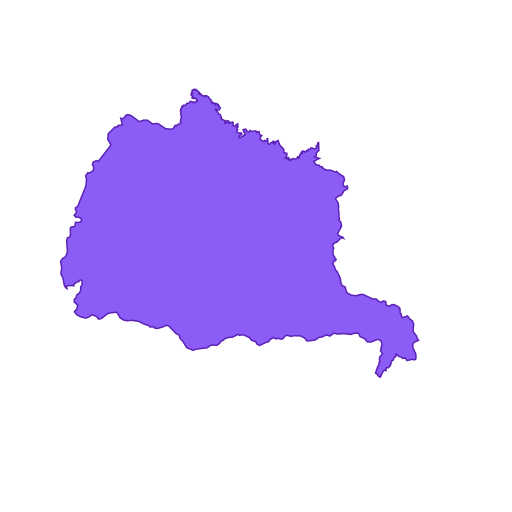 Magüí (Payán), Nariño, Colombia, rotated 25°
{"feature_id": "7082276B14140540221362", "entity_name": "Magüí (Payán)", "entity_type": "district", "adm_level": 2, "iso_a3": "COL", "parent_name": "Colombia", "parent_adm1": "Nariño", "projection": "mercator", "projection_center": [-78.054, 1.908], "detail": "fine", "context": "isolated", "style": "filled", "palette": "violet", "viewbox_px": 512, "rotation_deg": 25, "n_neighbors": 0, "source": "geoboundaries", "source_scale": "gbopen_adm2", "svg_char_len": 6108}
<svg xmlns="http://www.w3.org/2000/svg" viewBox="0 0 512 512"><g transform="rotate(25 256 256)"><path d="M439.0,263.7L437.5,263.1L435.3,260.7L431.0,258.5L429.6,256.7L427.8,251.3L425.2,248.7L422.2,248.2L418.6,246.3L414.9,249.9L414.1,249.9L412.1,247.2L410.6,246.5L408.7,242.8L406.4,241.8L401.5,241.7L399.7,242.8L397.9,245.2L396.5,245.7L394.4,245.1L393.3,242.9L392.2,242.4L390.5,242.9L388.6,245.3L387.6,245.4L382.9,244.2L379.9,245.6L369.3,245.6L366.8,246.8L363.7,249.6L359.0,251.2L354.0,250.9L349.7,246.3L346.9,246.5L344.6,244.8L341.8,240.6L336.0,235.7L333.5,234.8L332.2,233.0L328.4,230.3L329.0,229.3L328.5,227.8L330.0,226.7L330.0,225.1L328.0,224.8L327.8,223.6L325.5,222.5L323.6,218.9L323.1,216.0L321.1,214.5L321.0,213.1L321.8,210.8L323.4,209.3L325.2,204.3L326.4,203.1L327.8,203.0L326.7,202.3L324.0,202.6L321.3,202.1L320.5,200.4L321.0,192.8L318.2,189.1L316.0,188.8L315.9,186.8L314.6,185.5L312.6,181.2L311.2,179.5L310.0,176.2L307.8,173.0L303.7,170.6L305.2,167.1L307.7,164.8L308.2,159.6L310.6,156.4L310.4,155.6L309.0,154.0L307.6,155.6L304.9,155.1L304.1,152.7L304.2,149.8L301.9,147.0L296.3,146.3L293.4,145.3L293.0,146.3L286.8,146.8L284.0,148.3L280.1,148.4L278.4,147.2L276.4,148.1L275.3,147.0L271.6,148.0L268.4,145.6L272.3,140.7L267.0,141.4L268.2,139.5L267.2,137.3L268.4,133.8L264.8,126.8L264.2,127.4L264.8,130.3L264.1,131.0L265.2,131.9L264.5,133.8L260.0,134.8L259.9,136.8L258.3,137.1L258.7,139.0L257.3,139.0L257.0,141.0L254.9,140.7L253.6,141.5L253.4,142.1L254.7,143.4L254.2,143.8L253.2,143.5L253.0,146.9L253.4,147.9L252.1,148.3L253.3,149.3L251.9,149.6L250.9,151.2L249.4,152.1L248.2,152.0L248.0,153.0L246.1,155.2L245.7,153.7L244.6,154.8L243.9,154.8L243.8,153.1L241.2,155.1L241.5,151.8L240.6,149.9L237.7,150.5L235.8,147.4L230.6,145.4L227.1,141.9L225.8,143.8L225.5,146.8L223.8,146.4L225.2,144.8L223.1,144.6L223.1,145.8L221.7,146.7L221.1,149.0L220.5,149.3L219.3,148.8L217.0,144.7L216.4,145.1L217.6,146.8L216.4,147.7L215.1,147.5L214.9,149.0L210.0,148.4L209.7,147.6L210.3,144.4L207.9,144.5L206.3,142.1L205.2,142.5L204.3,143.9L203.0,142.7L199.3,144.9L197.4,144.8L197.6,146.0L196.8,146.8L194.3,146.3L193.4,145.4L192.5,145.6L190.9,147.0L192.8,148.9L194.1,149.3L194.8,151.3L193.7,152.0L193.8,152.7L192.5,153.8L191.9,155.4L190.5,155.7L190.3,153.5L191.7,152.0L191.5,151.1L190.1,150.7L188.3,152.0L186.2,151.7L185.8,151.0L186.1,149.3L183.9,148.1L184.0,147.1L185.0,147.1L185.1,146.6L183.5,143.9L181.4,147.7L179.7,147.3L179.1,144.8L178.1,144.5L175.2,147.2L174.7,145.3L172.5,145.6L172.8,147.9L171.5,148.8L171.0,146.5L166.4,146.5L166.4,145.3L163.9,143.0L161.7,142.9L160.1,141.4L157.3,140.6L157.6,139.7L159.1,140.1L161.1,139.0L161.0,136.7L159.1,136.4L159.2,135.8L158.0,134.7L157.3,135.6L157.0,134.7L155.9,134.5L154.8,134.9L154.9,135.8L154.1,134.9L152.0,136.2L152.2,135.3L151.3,134.8L150.1,135.0L149.0,133.4L146.9,133.0L145.9,131.9L143.0,131.7L141.7,132.7L142.0,133.1L141.1,132.9L139.9,133.5L139.2,132.9L138.1,133.3L137.4,132.5L136.8,133.1L136.1,132.1L135.7,132.6L135.7,131.8L132.1,130.7L131.6,130.9L131.9,131.4L131.1,130.5L130.6,131.5L129.7,130.9L128.1,132.7L128.6,133.0L128.6,135.1L129.8,135.4L129.5,136.6L128.8,136.4L129.2,137.6L131.2,138.2L131.2,139.1L131.6,138.6L131.9,139.2L132.5,138.9L132.4,139.7L135.7,138.6L137.4,140.0L137.1,141.0L136.5,140.7L135.8,143.0L134.5,142.7L133.8,143.5L132.8,143.1L131.1,143.7L130.6,145.8L128.8,147.0L128.2,149.2L126.4,150.2L126.9,150.8L125.6,151.9L126.2,153.0L125.7,153.9L126.1,156.3L126.9,156.2L127.6,159.1L129.5,161.1L130.7,166.2L131.5,166.5L130.9,168.6L129.3,170.0L129.1,171.8L127.9,171.6L127.4,172.3L127.1,175.5L125.6,176.9L120.3,178.8L110.9,177.4L106.4,180.0L100.3,178.8L97.0,180.2L93.2,183.6L85.3,181.8L82.2,181.5L79.7,182.2L78.6,183.6L78.0,186.8L76.7,188.2L75.2,188.3L79.5,193.5L75.7,196.2L75.9,197.7L73.6,198.9L70.4,207.7L72.4,213.0L77.4,216.3L77.4,217.9L73.2,236.6L70.9,237.2L68.7,239.7L69.2,242.5L70.7,243.4L71.9,245.1L72.2,247.7L70.3,250.9L68.5,251.5L67.7,255.3L69.8,257.8L71.8,262.8L72.4,266.5L73.4,286.3L72.0,288.8L72.4,289.8L75.0,292.1L74.0,296.0L76.3,296.9L78.6,295.8L80.3,295.8L82.1,296.5L83.0,298.0L81.9,300.1L78.1,301.8L79.3,304.9L78.5,306.3L76.2,307.9L75.9,309.1L79.3,316.2L79.0,317.7L77.4,319.1L77.9,322.1L83.4,332.1L83.7,337.1L81.7,340.1L81.2,343.5L84.7,348.4L86.7,354.7L90.3,357.5L94.6,363.5L96.9,365.2L98.4,365.4L96.9,363.7L97.2,363.1L102.1,360.2L103.4,360.2L103.1,358.0L104.9,355.0L106.3,354.2L106.0,353.1L107.2,351.8L108.7,351.9L110.5,355.2L110.2,358.0L111.6,361.5L111.6,364.2L109.9,367.3L110.6,369.4L109.6,372.2L110.9,374.6L115.3,376.0L115.9,379.7L115.0,383.3L118.6,385.1L123.2,385.2L128.3,384.1L131.0,380.8L131.8,378.9L133.3,378.4L137.3,378.3L139.7,379.7L140.7,379.4L142.5,377.7L145.7,371.3L147.7,369.3L153.0,366.1L154.2,366.1L159.0,369.5L163.3,370.0L166.4,369.2L170.8,366.7L177.6,364.8L184.3,365.0L188.2,364.3L189.9,365.2L192.4,363.7L195.2,364.1L197.8,362.9L202.3,358.9L203.3,357.1L206.3,356.2L216.4,360.1L219.7,360.1L221.9,362.7L226.0,364.4L232.0,368.4L239.0,368.0L241.2,365.6L250.3,360.0L253.0,355.7L258.3,353.4L260.0,350.3L260.3,347.9L261.7,346.6L262.5,344.4L264.9,341.9L269.1,339.4L272.7,334.7L274.5,334.9L277.7,332.8L284.3,332.7L287.7,334.3L291.8,333.8L294.3,335.5L297.0,335.6L302.0,329.6L303.8,328.3L303.9,325.9L306.2,322.7L309.1,322.7L310.6,321.4L314.4,320.6L315.2,319.7L316.7,315.1L321.6,314.0L324.7,311.9L330.2,309.6L334.9,309.8L337.5,311.3L338.7,311.3L345.2,307.1L347.2,303.5L350.6,301.0L352.6,298.3L354.0,297.6L356.7,297.4L359.2,293.0L363.4,292.1L368.3,289.2L375.1,287.0L377.2,284.9L380.7,282.8L382.6,283.5L384.3,285.0L389.3,285.0L393.2,286.8L396.7,285.3L400.9,280.6L402.6,279.8L405.5,280.4L407.3,282.5L408.9,289.3L411.9,291.1L410.8,295.3L411.4,297.3L412.6,299.0L412.6,301.0L413.5,302.6L413.0,304.5L413.8,311.7L415.4,311.7L417.5,313.2L419.9,313.3L419.9,307.6L420.8,305.1L422.3,304.8L421.5,303.7L421.4,302.1L423.2,301.3L424.1,298.7L423.4,293.6L424.3,292.5L424.1,289.7L424.9,288.8L425.0,286.8L424.3,285.9L424.9,285.4L427.3,286.7L430.9,286.1L432.1,286.9L434.6,285.2L436.1,286.7L437.2,286.8L441.7,283.3L443.3,283.3L444.3,282.2L443.9,280.3L441.9,276.9L436.9,272.9L435.5,270.0L435.6,267.6L439.0,263.7Z" fill="#8b5cf6" stroke="#5b21b6" stroke-width="1.5"/></g></svg>